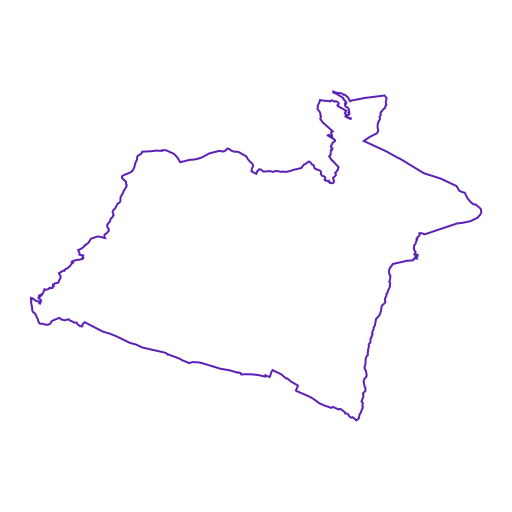 Hurezani, Gorj, Romania (Robinson projection)
{"feature_id": "2599482B54344655649638", "entity_name": "Hurezani", "entity_type": "district", "adm_level": 2, "iso_a3": "ROU", "parent_name": "Romania", "parent_adm1": "Gorj", "projection": "robinson", "projection_center": [23.638, 44.803], "detail": "fine", "context": "isolated", "style": "outline", "palette": "violet", "viewbox_px": 512, "rotation_deg": 0, "n_neighbors": 0, "source": "geoboundaries", "source_scale": "gbopen_adm2", "svg_char_len": 6019}
<svg xmlns="http://www.w3.org/2000/svg" viewBox="0 0 512 512"><path d="M356.4,420.4L358.8,418.4L359.6,414.4L361.0,412.3L361.6,410.0L362.6,408.4L362.8,406.9L362.3,405.8L362.9,403.3L361.5,401.4L363.5,396.4L363.0,394.0L363.1,393.3L365.5,390.7L365.4,387.7L364.8,387.0L363.6,381.8L364.4,378.7L365.8,377.5L366.7,375.8L366.0,370.9L364.9,369.3L364.5,367.4L365.3,364.5L365.8,358.0L366.7,356.2L367.8,355.3L367.7,352.9L368.1,351.7L367.9,350.4L368.6,348.1L368.9,345.8L368.7,344.2L370.2,342.8L370.7,340.0L370.4,338.7L371.6,337.4L371.5,336.4L372.6,334.4L372.1,333.6L372.5,331.6L373.6,329.0L373.6,327.6L374.9,325.5L376.1,318.8L378.9,316.0L380.2,313.4L381.0,310.7L381.7,305.9L384.8,303.0L385.3,302.1L384.9,299.0L386.5,295.4L386.4,294.0L387.5,292.7L388.2,290.3L389.9,286.8L390.2,283.0L389.2,281.9L390.0,279.9L390.4,275.5L389.4,274.4L388.9,271.6L389.3,269.5L390.3,267.3L391.4,266.3L392.7,264.0L407.4,260.7L413.0,260.4L413.8,258.7L415.7,258.6L415.2,257.3L415.7,257.0L416.6,257.6L416.2,256.6L417.4,256.4L417.7,254.9L417.0,254.5L415.3,255.5L414.3,254.1L415.2,253.3L415.6,251.8L414.6,250.7L413.8,248.9L414.2,248.1L413.9,246.9L414.2,245.6L415.4,244.0L416.3,241.1L417.1,239.9L416.5,239.3L416.5,238.9L417.2,238.4L417.4,237.3L419.0,236.1L419.5,235.1L419.5,233.1L421.8,233.3L424.8,234.3L456.9,223.5L462.2,222.9L470.1,221.3L477.5,217.8L480.1,214.8L481.3,212.7L480.9,209.4L480.5,208.6L475.5,204.4L474.0,204.5L471.5,202.9L467.6,198.5L464.7,192.7L462.1,192.1L459.2,190.7L456.6,186.1L440.7,178.6L423.8,173.2L399.5,158.4L398.8,158.3L385.9,151.2L363.8,141.0L369.8,136.9L376.9,133.3L378.2,131.1L377.6,127.2L377.7,124.5L378.3,121.9L379.8,119.6L380.0,118.1L379.6,116.5L380.7,115.2L380.6,112.4L381.9,111.4L382.6,109.9L385.2,107.8L385.4,105.9L385.8,105.1L386.4,104.8L385.7,102.3L386.6,98.1L384.5,95.5L365.3,97.9L350.6,100.7L351.3,101.6L349.6,100.7L348.1,97.5L345.0,94.9L343.3,94.7L342.7,93.9L341.0,93.2L336.7,92.8L333.3,91.6L333.4,92.6L336.3,93.7L343.1,97.9L343.7,98.7L343.4,99.2L346.4,102.4L346.1,103.4L345.5,103.0L344.8,103.7L345.3,105.1L345.1,105.8L346.2,107.0L347.3,107.4L348.7,109.0L349.2,111.8L348.6,112.2L349.1,112.5L349.5,113.3L349.0,114.0L349.0,114.5L347.7,114.7L347.4,116.9L348.9,118.0L351.6,118.4L350.2,118.9L345.4,116.5L346.0,114.5L344.8,113.2L345.4,112.3L345.5,111.5L346.2,110.7L337.8,106.1L337.4,105.3L338.4,104.6L338.8,103.4L337.9,102.3L335.9,101.2L334.5,101.6L332.3,100.4L330.9,100.6L330.7,101.2L329.6,101.5L328.6,100.9L325.1,100.9L320.0,100.0L319.8,101.3L317.7,105.9L317.9,106.8L317.5,109.0L319.7,111.9L320.5,114.0L320.3,115.1L320.8,115.7L321.0,116.7L320.4,117.9L320.5,119.6L321.1,119.9L322.3,122.0L332.7,131.3L331.1,132.5L332.0,136.0L328.4,134.9L327.8,135.5L334.6,139.6L335.1,140.6L334.8,141.3L333.1,142.2L330.8,146.4L330.9,146.9L332.5,148.3L332.0,149.9L330.9,149.9L330.6,154.8L329.2,156.3L331.9,160.4L332.4,160.5L338.6,167.2L338.1,168.1L338.1,169.5L335.2,173.0L335.7,173.8L335.9,175.2L333.0,178.0L334.1,181.3L333.5,182.7L332.5,183.3L330.7,182.8L330.0,183.0L329.8,182.3L328.4,181.6L328.7,180.8L325.3,180.6L324.8,180.2L324.6,179.3L325.3,178.4L325.1,177.2L324.1,176.4L321.7,175.5L320.8,173.8L321.1,172.4L320.4,170.8L314.7,168.5L313.7,165.3L312.0,164.5L311.1,163.1L309.3,161.5L307.6,162.2L306.2,163.6L304.1,164.4L301.2,168.1L293.7,169.8L288.8,171.4L285.7,171.9L284.0,171.9L283.2,171.5L281.1,171.8L276.2,170.9L272.9,171.9L270.1,171.1L263.5,171.6L260.8,169.5L259.4,169.3L259.0,169.4L258.3,170.5L257.6,170.7L256.2,173.8L251.6,171.4L251.8,168.8L253.1,166.1L252.9,164.9L252.1,163.5L250.1,161.8L247.5,158.7L246.4,156.5L239.4,152.4L237.5,151.8L233.8,151.6L230.8,150.4L229.7,149.2L227.3,148.5L226.1,150.1L223.9,151.4L222.4,151.5L219.4,150.8L209.4,153.4L201.5,157.6L198.0,158.7L193.8,159.6L189.5,159.9L180.2,162.2L177.5,157.6L173.9,153.8L166.1,150.3L162.3,150.1L161.9,150.9L156.0,150.6L151.4,151.2L142.3,151.7L141.3,153.6L137.4,156.2L136.8,160.2L135.6,162.3L134.3,167.3L132.5,170.8L130.4,172.4L123.6,175.2L122.1,176.3L122.0,177.7L122.4,178.6L126.0,181.6L126.2,182.4L125.9,183.9L126.6,184.8L126.6,186.3L123.5,191.3L123.0,193.0L120.5,197.2L120.4,200.9L119.9,202.1L118.9,203.1L117.6,203.5L115.5,207.8L112.7,211.1L112.7,212.2L113.6,215.2L112.9,216.0L112.4,217.3L110.9,218.4L109.9,221.5L107.2,224.6L107.4,227.1L108.8,229.2L108.8,230.8L106.6,233.2L104.6,234.6L104.4,236.6L105.0,238.0L97.9,236.4L91.0,238.7L88.3,242.9L86.1,244.4L85.6,245.2L84.8,245.3L83.1,247.5L80.1,249.3L78.2,249.9L78.2,250.4L79.4,252.5L79.4,254.7L83.2,255.5L82.5,257.1L83.4,257.7L83.1,258.6L79.2,259.8L76.7,259.9L72.4,261.2L71.8,261.8L73.0,262.6L71.2,264.1L70.2,265.9L68.3,267.5L67.1,268.5L65.5,269.0L64.4,270.8L63.6,270.5L59.0,273.1L60.7,276.6L60.2,278.7L59.6,279.4L58.3,282.6L54.5,283.6L54.2,284.2L53.1,284.3L53.0,285.3L53.7,286.3L52.7,286.6L52.6,287.8L51.9,288.2L49.5,287.8L49.0,288.8L45.9,289.9L44.6,289.2L43.0,293.3L41.4,295.4L40.5,296.1L40.6,294.8L39.1,295.5L38.5,298.1L40.4,299.4L41.1,300.5L40.1,303.6L39.3,303.4L39.6,302.0L38.8,301.2L37.8,301.5L37.2,301.3L35.1,300.3L32.8,298.5L31.1,297.8L31.0,298.1L30.7,299.2L31.4,300.3L31.0,302.2L32.2,307.9L32.2,310.4L33.1,312.1L35.2,313.7L37.8,319.3L38.6,322.1L39.7,323.6L42.5,323.8L46.0,324.8L48.4,324.6L50.5,323.5L51.1,321.9L52.5,320.7L59.1,317.9L60.3,318.5L61.1,319.4L64.8,320.3L68.7,319.3L69.5,320.2L73.1,321.9L73.7,322.5L76.6,322.5L77.2,324.0L79.9,326.1L82.2,326.4L82.5,324.3L84.7,322.2L102.4,331.4L110.1,333.8L116.4,336.3L129.9,342.9L136.0,344.5L142.3,347.5L164.8,352.6L166.7,353.5L167.6,354.6L168.5,354.5L179.5,358.6L182.6,360.5L187.6,362.3L188.9,363.2L192.3,362.1L198.1,362.3L201.6,363.0L220.6,368.8L229.6,370.3L237.7,372.7L238.1,372.3L240.7,373.1L241.3,374.5L246.0,374.2L252.2,374.4L258.1,375.0L265.2,376.6L265.4,375.3L269.5,377.0L270.1,376.1L271.4,372.0L272.5,370.1L281.4,374.4L285.5,378.0L286.4,378.5L287.2,378.4L291.3,381.8L297.8,385.5L297.8,386.3L295.9,390.4L296.4,391.0L308.3,396.1L312.7,398.4L319.3,403.2L323.9,405.3L331.4,407.9L332.8,406.9L338.6,409.4L339.7,408.9L340.7,409.1L344.8,412.1L345.1,413.4L347.2,413.7L348.2,414.4L349.6,416.7L351.6,417.7L352.7,417.2L356.4,420.4Z" fill="none" stroke="#5b21b6" stroke-width="2"/></svg>